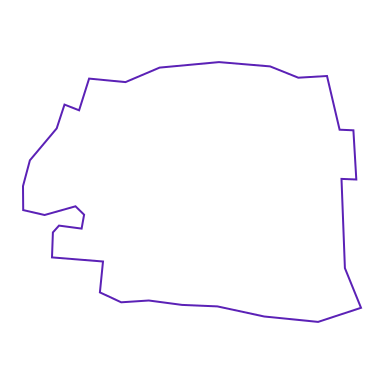 Zarbdar, Jizzakh, Uzbekistan (Mercator projection)
{"feature_id": "79887680B43682608044415", "entity_name": "Zarbdar", "entity_type": "district", "adm_level": 2, "iso_a3": "UZB", "parent_name": "Uzbekistan", "parent_adm1": "Jizzakh", "projection": "mercator", "projection_center": [68.136, 40.115], "detail": "fine", "context": "isolated", "style": "outline", "palette": "violet", "viewbox_px": 384, "rotation_deg": 0, "n_neighbors": 0, "source": "geoboundaries", "source_scale": "gbopen_adm2", "svg_char_len": 525}
<svg xmlns="http://www.w3.org/2000/svg" viewBox="0 0 384 384"><path d="M121.2,302.3L148.8,300.5L182.0,304.9L217.4,306.4L264.2,316.5L318.1,321.9L361.0,307.8L344.9,268.1L341.5,178.9L356.3,179.5L353.4,130.3L339.6,129.7L327.0,76.0L298.3,77.7L270.1,66.4L219.0,62.1L159.6,67.6L125.5,82.1L89.1,78.6L79.1,110.3L64.5,104.6L56.7,128.4L29.9,160.3L23.0,186.1L23.2,210.1L44.6,215.0L75.5,206.3L84.1,214.7L81.6,228.6L59.0,225.6L52.9,232.4L52.0,257.4L103.0,261.5L99.9,292.4L121.2,302.3Z" fill="none" stroke="#5b21b6" stroke-width="2"/></svg>